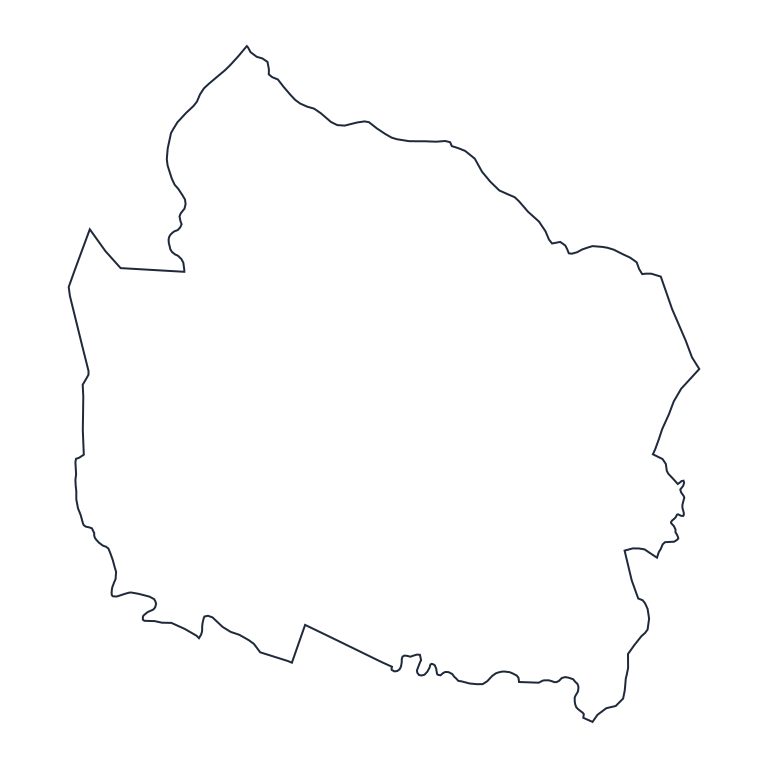 the district of Bim Son, Thanh Hóa, Vietnam
{"feature_id": "81297802B8967556658808", "entity_name": "Bim Son", "entity_type": "district", "adm_level": 2, "iso_a3": "VNM", "parent_name": "Vietnam", "parent_adm1": "Thanh Hóa", "projection": "natural_earth1", "projection_center": [105.883, 20.088], "detail": "fine", "context": "isolated", "style": "outline", "palette": "slate", "viewbox_px": 768, "rotation_deg": 0, "n_neighbors": 0, "source": "geoboundaries", "source_scale": "gbopen_adm2", "svg_char_len": 4723}
<svg xmlns="http://www.w3.org/2000/svg" viewBox="0 0 768 768"><path d="M660.8,276.6L651.3,273.7L645.4,273.7L642.2,274.1L639.1,269.0L636.7,262.3L630.1,257.6L623.2,254.4L613.8,249.7L607.2,247.7L602.3,246.9L592.5,246.1L587.6,247.6L582.1,249.5L577.2,252.2L571.9,253.7L568.8,253.3L567.1,249.0L565.3,245.5L560.2,241.9L556.3,242.7L552.1,243.5L549.0,239.6L545.5,231.3L539.0,221.6L528.0,211.7L519.2,201.5L514.7,197.2L508.1,194.4L499.4,190.5L490.4,181.8L482.0,171.7L474.8,158.7L465.1,150.9L458.1,148.1L451.8,146.1L450.1,142.2L445.2,141.0L436.2,141.7L425.7,141.3L409.3,141.2L396.8,139.2L391.6,137.6L385.3,134.0L377.0,128.5L369.0,122.2L364.5,121.4L357.1,122.5L344.6,125.6L337.3,125.1L331.0,122.0L320.9,113.3L314.0,108.6L307.0,106.6L300.1,103.5L295.2,99.9L290.4,94.8L283.4,86.6L277.9,79.5L272.3,77.2L268.8,74.4L268.9,69.3L267.5,61.9L262.3,58.4L256.7,56.8L250.5,52.1L248.0,47.4L246.8,46.1L238.0,56.6L230.6,64.7L225.0,70.2L216.3,77.5L208.6,84.0L203.9,88.4L200.0,94.4L196.9,101.7L193.4,106.1L186.2,112.8L177.5,122.2L173.3,129.0L171.0,133.1L167.7,148.5L166.8,159.2L167.6,165.5L171.7,178.4L174.6,184.7L178.3,188.9L182.5,195.3L185.0,199.5L185.6,204.1L184.5,208.6L180.7,213.4L179.5,216.4L180.5,221.3L181.6,224.2L180.2,227.4L177.7,230.1L174.4,231.3L172.5,232.7L170.2,235.0L169.1,237.1L168.6,239.5L168.8,243.0L169.7,246.5L170.3,249.2L172.0,252.0L175.2,254.5L177.9,255.7L181.4,259.1L183.3,262.6L184.3,270.0L184.3,271.8L120.6,268.1L105.4,251.1L89.8,229.3L75.0,269.4L68.7,287.0L69.9,295.9L81.7,343.8L86.9,364.5L88.3,370.1L88.5,370.8L88.5,374.7L86.2,378.8L82.7,384.7L83.3,396.7L83.1,411.0L82.9,424.1L82.8,430.0L83.8,454.7L83.2,455.1L79.0,457.8L76.0,458.8L75.4,462.2L76.1,474.3L75.4,479.9L75.7,485.7L76.3,491.2L76.3,495.6L76.3,499.4L78.0,508.3L80.7,515.1L82.3,521.0L83.0,523.5L83.8,525.2L85.7,526.6L89.7,527.5L92.0,528.4L92.9,530.5L94.2,533.0L94.2,535.6L94.9,537.8L96.3,539.8L99.0,542.7L101.4,544.5L103.0,545.7L105.8,546.6L108.4,548.5L110.4,553.4L112.9,560.4L114.4,566.2L116.1,571.9L115.6,578.9L114.0,582.7L112.3,587.2L111.8,590.0L111.6,593.0L111.8,595.0L112.6,596.1L113.6,596.4L116.8,596.5L124.7,593.9L128.9,592.7L131.1,592.5L138.5,593.8L149.4,596.6L154.1,599.1L155.3,601.2L156.1,603.7L155.1,607.5L153.2,609.6L147.8,612.0L144.4,614.7L143.1,616.1L142.8,617.7L142.9,619.4L142.9,619.8L144.5,620.8L150.5,621.0L154.7,621.1L161.9,622.7L171.4,622.9L184.7,628.9L196.5,635.7L199.0,638.2L201.2,634.4L202.1,631.1L202.2,626.2L202.5,623.4L203.7,618.2L204.5,616.5L208.0,615.8L212.5,617.4L222.7,627.0L230.7,631.9L239.3,634.8L248.7,640.1L253.9,643.9L260.2,652.3L287.8,661.0L291.9,662.7L305.1,624.9L325.9,634.9L379.0,660.8L381.9,662.2L392.0,666.8L391.5,668.9L391.8,670.0L394.6,671.4L397.3,671.0L399.6,669.3L401.0,666.5L401.7,662.5L401.8,658.7L402.6,656.6L404.3,655.6L406.8,655.8L410.4,656.7L412.9,655.8L416.8,654.6L419.9,654.8L421.1,660.2L420.2,661.9L418.1,667.3L416.9,670.6L417.3,672.7L419.0,675.0L421.7,675.5L422.3,675.3L424.5,674.7L427.3,671.7L429.5,667.8L430.4,664.6L431.4,663.9L432.8,664.1L434.8,665.3L436.2,668.7L436.8,672.7L437.2,674.2L438.2,674.9L440.5,675.3L443.0,673.1L445.2,672.0L446.9,672.0L448.7,672.2L452.2,674.0L454.3,676.8L456.6,678.9L457.9,680.5L458.8,681.0L461.3,681.3L469.7,683.5L477.3,684.2L482.7,684.1L487.3,681.2L492.0,676.1L495.7,673.4L498.2,672.5L501.5,671.7L504.1,671.5L509.7,672.2L512.8,673.5L516.8,675.6L518.4,677.7L518.8,680.0L519.0,682.0L538.7,682.7L542.8,680.6L545.0,680.3L548.8,680.3L552.4,681.4L554.4,682.1L556.5,682.1L559.0,680.9L561.8,678.0L565.2,677.1L568.3,677.6L573.1,679.2L575.3,681.9L577.4,683.8L578.4,686.6L578.4,688.5L577.9,691.6L575.7,695.3L574.7,697.4L574.7,701.2L575.2,704.3L576.2,707.1L577.8,708.9L580.4,711.0L582.7,712.7L583.8,714.1L583.3,717.8L592.5,721.9L597.5,714.8L606.3,708.2L615.7,706.0L623.1,698.6L624.7,690.8L625.1,686.7L625.8,678.4L626.9,674.1L628.1,667.8L628.0,654.0L634.1,645.4L641.3,636.3L645.2,632.8L647.6,629.5L649.1,618.6L647.6,608.9L645.0,603.2L642.6,600.2L638.2,598.5L631.7,580.3L624.6,550.6L632.8,548.4L639.2,548.5L644.6,549.4L650.2,553.2L657.0,557.7L658.8,552.1L660.8,548.9L662.7,544.3L665.0,542.2L668.0,542.0L674.2,541.7L677.1,539.8L678.3,538.5L678.0,537.1L676.9,534.5L676.1,533.3L675.5,532.4L675.5,530.1L675.4,529.2L674.7,527.9L674.0,526.2L671.9,524.0L671.0,522.8L671.1,522.0L672.1,520.5L674.0,519.0L675.6,517.4L677.0,514.7L678.0,514.3L681.1,515.8L683.3,515.9L683.8,514.8L683.8,512.9L683.1,510.4L682.4,507.6L682.4,504.9L684.3,497.5L683.6,495.9L681.0,492.2L680.3,489.5L683.2,485.8L684.1,482.7L683.5,480.7L681.5,481.1L680.3,482.2L677.8,484.0L673.0,478.7L668.2,473.6L666.8,470.8L665.8,463.9L662.5,459.0L652.9,454.3L655.3,449.0L659.0,438.8L662.1,429.3L668.9,414.3L673.8,401.3L681.2,388.7L699.3,369.0L692.0,357.4L685.7,340.6L672.1,309.1L660.8,276.6Z" fill="none" stroke="#1e293b" stroke-width="2"/></svg>